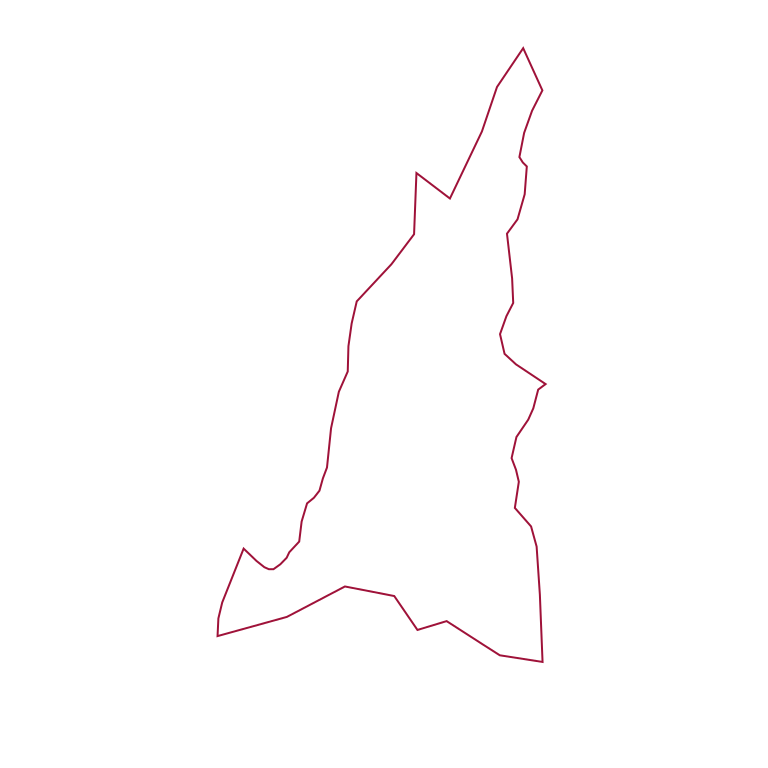 SVG path tracing the border of Kabarole, rotated 349°
{"feature_id": "UGA-3106", "entity_name": "Kabarole", "entity_type": "District", "adm_level": 1, "iso_a3": "UGA", "parent_name": "Uganda", "parent_adm1": "", "projection": "equal_earth", "projection_center": [30.23, 0.607], "detail": "fine", "context": "isolated", "style": "outline", "palette": "rose", "viewbox_px": 768, "rotation_deg": 349, "n_neighbors": 0, "source": "natural_earth", "source_scale": "10m", "svg_char_len": 993}
<svg xmlns="http://www.w3.org/2000/svg" viewBox="0 0 768 768"><g transform="rotate(349 384 384)"><path d="M172.5,599.7L176.7,582.5L183.5,567.6L214.8,518.8L219.9,526.0L225.1,533.4L231.6,541.0L235.6,543.8L240.2,544.7L247.8,541.2L255.3,536.0L258.9,531.1L270.7,522.5L276.9,503.3L285.7,486.5L293.5,482.3L300.3,476.4L306.0,465.0L312.1,455.1L323.6,417.3L338.2,383.0L350.8,364.8L356.3,340.1L363.8,318.4L373.0,297.7L414.2,267.8L442.1,242.7L456.1,183.1L484.1,214.5L528.3,154.8L551.6,114.0L584.7,80.9L595.5,126.0L581.5,144.0L569.5,164.2L560.2,187.1L562.5,193.0L565.7,197.7L558.3,224.6L546.5,247.8L533.4,259.9L529.9,304.9L526.3,329.1L517.1,340.8L507.4,357.2L508.1,377.4L517.3,389.9L542.6,414.9L534.3,418.9L525.9,436.4L518.8,446.5L503.9,461.3L495.1,481.1L497.2,493.4L497.7,505.7L488.8,530.6L501.2,551.9L502.8,572.7L496.8,620.6L486.6,687.1L445.9,672.4L431.3,658.5L416.5,644.3L400.2,628.7L369.9,631.8L353.6,594.1L307.0,575.3L244.2,594.1L172.5,599.7Z" fill="none" stroke="#9f1239" stroke-width="2"/></g></svg>